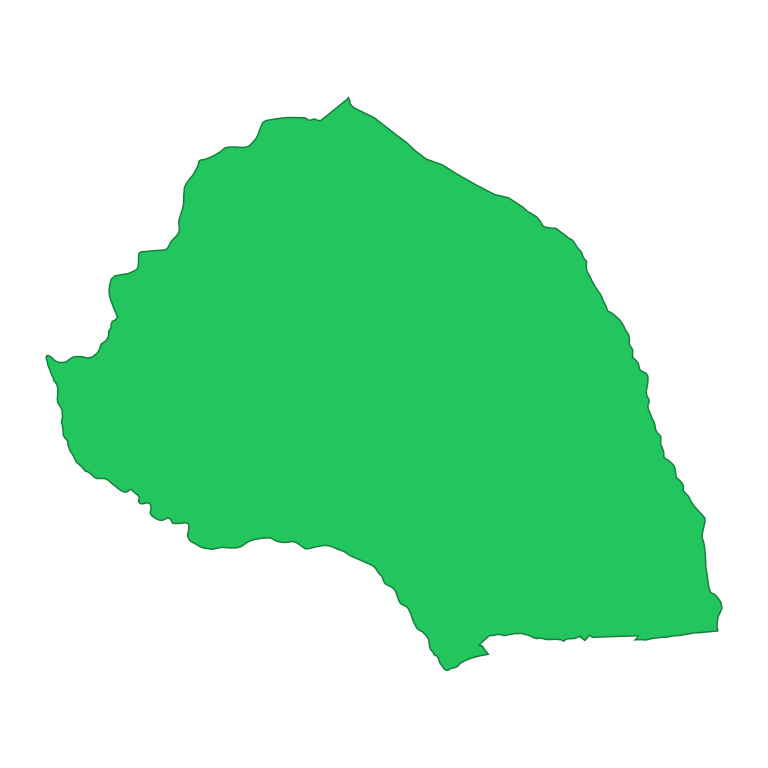 El Dorado, Meta, Colombia (orthographic projection)
{"feature_id": "7082276B12851519392176", "entity_name": "El Dorado", "entity_type": "district", "adm_level": 2, "iso_a3": "COL", "parent_name": "Colombia", "parent_adm1": "Meta", "projection": "orthographic", "projection_center": [-73.836, 3.709], "detail": "fine", "context": "isolated", "style": "filled", "palette": "green", "viewbox_px": 768, "rotation_deg": 0, "n_neighbors": 0, "source": "geoboundaries", "source_scale": "gbopen_adm2", "svg_char_len": 6073}
<svg xmlns="http://www.w3.org/2000/svg" viewBox="0 0 768 768"><path d="M115.1,275.8L111.4,279.0L110.1,283.3L109.0,290.3L109.8,297.3L112.3,304.3L116.7,315.3L117.8,317.0L115.1,320.1L112.3,321.4L111.1,324.5L111.1,327.8L108.8,330.9L108.4,336.8L105.9,340.7L101.2,344.1L100.0,348.0L97.9,352.4L92.4,357.0L87.6,358.0L82.6,356.8L76.7,356.5L72.3,357.4L65.8,362.0L62.3,362.4L58.7,362.4L55.1,360.9L52.2,358.0L48.9,355.7L46.8,355.7L46.1,357.6L47.2,361.5L47.9,365.1L49.5,369.1L51.6,374.8L53.2,377.7L53.7,380.3L55.5,382.4L56.8,384.7L57.7,387.8L57.7,395.9L57.3,397.9L57.4,400.4L58.1,403.3L60.0,406.0L62.3,410.4L62.0,412.2L62.5,415.4L62.5,417.7L61.7,420.4L61.6,422.6L62.4,425.5L62.9,429.0L63.2,431.9L63.1,433.5L63.3,435.1L63.9,436.3L64.9,437.9L67.5,441.0L67.9,442.4L67.9,444.5L70.2,451.1L71.9,453.5L73.1,455.4L75.7,460.7L76.9,462.5L81.5,466.5L85.3,471.1L88.2,472.0L89.9,473.4L91.0,474.0L93.2,476.2L94.9,477.6L97.1,478.5L104.1,478.5L104.9,478.6L107.3,479.7L108.5,480.4L112.3,483.9L115.6,486.3L117.1,487.8L121.1,490.6L123.3,491.7L124.2,492.0L126.4,492.0L127.9,491.4L129.8,489.7L130.4,489.5L131.5,489.6L135.0,493.0L137.9,495.3L139.2,496.9L139.3,497.9L138.8,499.2L138.5,501.2L138.9,502.0L140.3,503.5L141.9,503.8L143.7,503.7L145.2,503.2L148.2,502.8L148.8,503.0L150.1,504.2L150.7,505.4L150.9,507.1L151.0,509.1L150.3,512.0L150.4,513.5L150.7,514.4L151.5,515.5L152.6,516.4L156.5,518.9L159.3,520.1L160.9,520.4L162.3,520.4L166.2,518.6L167.5,518.2L168.7,518.2L170.1,518.8L170.7,519.5L171.2,520.2L172.1,522.5L172.7,523.2L175.2,523.5L177.3,523.5L181.1,523.3L184.3,522.8L185.3,522.8L186.5,523.0L187.7,523.6L188.2,524.0L188.7,524.8L188.9,526.2L188.6,530.5L188.3,532.2L187.6,533.7L187.5,534.6L187.8,536.3L188.7,538.7L189.6,540.1L190.9,541.4L192.3,542.2L197.8,545.2L199.4,546.4L201.2,547.2L204.5,548.2L212.1,549.3L221.6,547.3L230.9,548.0L235.3,547.9L237.3,547.6L239.5,547.1L241.5,546.3L247.6,542.1L251.1,540.5L255.6,539.3L260.1,538.5L264.7,538.0L269.5,537.8L273.0,539.0L274.7,540.2L276.9,541.3L281.6,542.3L284.7,542.5L288.2,542.2L291.5,541.6L294.7,541.8L297.5,543.2L304.4,548.3L305.3,548.8L306.9,548.8L309.8,548.5L315.4,546.9L324.1,545.4L327.7,545.6L331.1,546.4L339.6,549.9L343.6,551.3L350.4,555.8L370.3,564.5L373.5,566.2L376.3,569.2L378.1,572.4L380.0,574.6L381.3,575.6L382.0,576.7L383.8,581.6L385.2,583.8L388.1,585.4L391.3,586.8L394.3,589.3L396.2,592.6L396.8,594.8L398.0,598.2L399.2,601.3L400.5,603.5L402.9,604.9L406.1,606.3L408.1,608.5L410.4,612.7L412.9,620.4L416.6,627.9L419.2,630.1L422.3,631.7L425.0,634.3L427.4,637.2L428.7,639.9L429.4,644.1L429.6,647.3L430.8,649.9L432.4,651.5L433.5,653.0L433.8,654.3L435.1,655.4L436.6,655.8L437.5,656.8L438.5,658.8L439.2,661.3L440.2,663.4L442.6,666.5L443.7,668.4L444.9,669.6L446.6,670.4L448.3,670.1L449.3,669.6L450.1,668.7L455.2,667.5L456.3,667.0L457.9,666.2L458.5,665.2L459.8,663.9L461.5,662.5L464.0,661.1L468.5,659.2L472.0,657.9L479.5,655.9L488.3,654.3L484.9,650.1L483.0,646.9L481.8,645.9L479.0,645.1L489.6,635.3L490.7,635.6L492.8,635.5L497.3,634.5L500.0,634.5L501.3,634.6L503.2,635.5L505.4,635.5L510.8,634.2L512.1,634.1L515.2,633.5L518.7,633.7L520.0,633.2L528.0,635.0L534.1,637.9L536.9,638.6L539.7,638.2L541.7,638.3L546.3,639.5L551.1,639.5L554.7,639.3L560.6,639.6L563.7,641.1L566.1,639.2L568.4,638.8L574.5,638.5L576.5,637.8L580.3,636.1L580.7,637.2L584.9,640.4L589.7,635.1L592.2,637.3L638.0,635.7L637.6,637.0L636.8,638.3L635.2,639.8L641.2,639.6L644.8,640.0L646.2,639.9L653.0,638.3L661.7,637.3L667.8,637.0L672.0,636.0L679.6,635.4L690.1,633.7L693.7,632.9L699.3,632.7L717.8,630.9L717.0,627.5L717.2,622.2L718.3,616.2L720.9,610.9L721.9,608.3L720.9,602.3L717.5,597.3L714.9,594.6L710.7,592.5L708.9,587.8L707.6,578.4L705.8,567.1L705.5,557.4L704.5,546.6L703.6,541.8L702.2,538.0L702.0,535.2L704.9,521.9L705.0,519.4L704.7,518.0L703.7,516.6L696.2,508.4L693.6,505.3L690.6,500.8L689.2,497.4L688.2,496.0L683.7,491.3L683.2,489.7L683.5,487.8L683.3,485.4L681.5,482.3L679.2,480.0L676.8,478.0L676.1,476.6L675.1,468.7L673.8,465.6L672.7,464.2L668.3,460.3L665.0,458.6L663.8,456.4L663.8,452.2L662.4,448.1L660.7,444.3L660.9,437.1L659.9,435.2L657.4,432.9L655.6,429.6L654.9,425.0L654.0,422.0L651.2,416.3L650.4,413.8L648.6,409.7L647.8,406.8L648.0,405.2L648.7,403.5L649.0,402.2L649.1,400.5L648.6,398.8L646.8,395.7L646.2,391.9L647.8,382.4L648.0,377.2L647.7,375.8L646.5,373.9L645.4,372.9L641.0,370.8L640.2,370.1L639.6,369.0L638.5,364.3L637.9,362.8L635.3,359.7L633.3,358.0L632.7,356.8L632.5,355.5L632.7,350.6L632.3,348.9L629.7,345.2L629.3,343.8L629.5,339.2L628.8,335.6L627.9,333.7L625.3,329.6L623.9,326.2L620.1,320.4L616.3,316.7L611.5,312.8L607.8,311.1L605.7,305.5L603.0,300.3L601.6,296.5L600.6,294.4L595.6,287.4L592.0,281.1L589.5,275.6L587.6,272.5L586.8,270.2L586.3,267.9L586.5,261.6L585.9,260.5L583.8,258.3L583.1,257.1L581.6,252.5L580.5,251.1L578.7,249.2L577.1,247.1L573.7,241.7L572.0,239.9L569.3,238.5L556.8,229.0L555.1,228.2L551.8,228.2L545.0,227.1L543.4,226.2L542.3,225.0L540.1,221.0L536.8,217.1L532.4,214.2L527.2,211.2L523.4,207.6L508.6,197.8L494.7,194.6L475.8,184.8L456.4,173.7L442.1,164.8L426.4,159.2L414.8,150.4L406.5,142.5L398.2,136.4L374.2,117.7L356.4,109.1L353.9,107.7L352.9,106.9L350.5,104.5L349.8,102.8L349.7,100.4L348.4,97.6L346.9,99.5L320.5,120.8L317.3,120.2L314.9,119.1L313.9,119.0L312.2,119.5L310.8,120.1L308.8,120.1L308.0,119.9L307.2,119.0L305.1,117.9L303.5,117.7L289.9,117.5L286.0,117.6L276.5,118.8L266.1,120.5L264.0,121.7L262.6,122.9L260.4,127.9L258.3,134.0L256.2,138.3L254.4,140.5L250.7,144.6L248.9,146.0L247.4,146.7L245.0,147.3L241.9,147.5L236.2,147.0L229.3,147.1L226.7,147.4L224.8,148.0L220.0,152.1L211.9,156.7L204.8,159.5L200.7,160.0L199.5,160.7L198.9,161.6L198.4,164.4L197.8,166.1L193.9,173.6L192.2,176.0L189.6,178.9L185.6,184.8L184.2,188.5L184.2,191.0L183.7,196.0L183.6,203.4L182.5,208.9L180.7,214.3L178.9,220.7L178.8,223.1L179.4,228.8L179.3,230.4L178.7,232.6L177.6,234.5L175.8,236.7L174.4,237.9L171.1,241.6L167.7,248.0L166.6,249.1L163.5,250.2L155.1,250.5L144.2,251.7L141.9,251.7L140.6,252.2L139.3,253.0L138.7,254.4L138.4,264.0L138.2,266.1L137.9,267.5L137.3,268.6L136.2,269.8L131.2,272.3L128.0,273.6L115.1,275.8Z" fill="#22c55e" stroke="#15803d" stroke-width="1.5"/></svg>